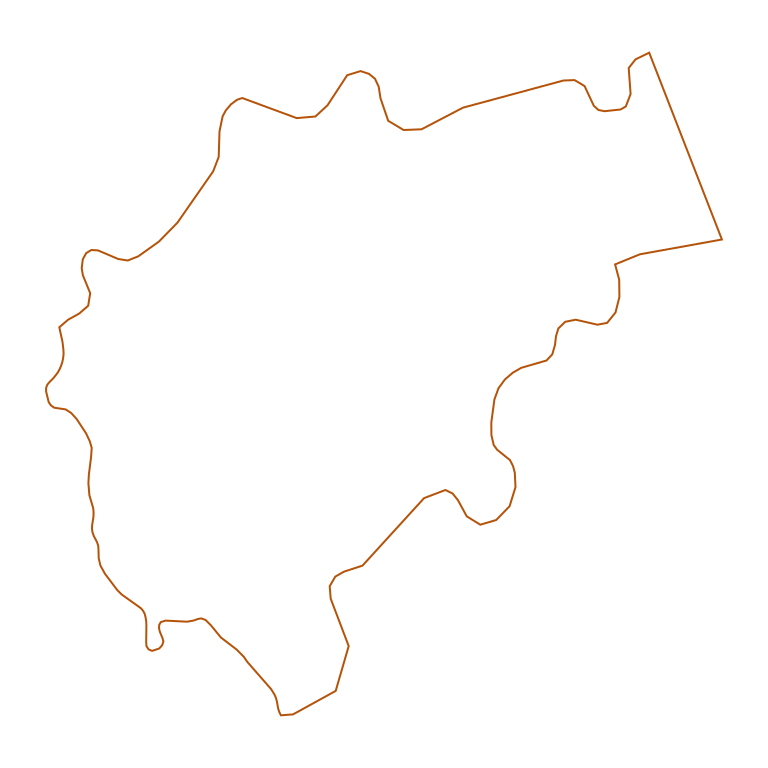 map outline of Macerata (Mercator projection)
{"feature_id": "ITA-5429", "entity_name": "Macerata", "entity_type": "Province", "adm_level": 1, "iso_a3": "ITA", "parent_name": "Italy", "parent_adm1": "", "projection": "mercator", "projection_center": [13.151, 43.149], "detail": "fine", "context": "isolated", "style": "outline", "palette": "amber", "viewbox_px": 768, "rotation_deg": 0, "n_neighbors": 0, "source": "natural_earth", "source_scale": "10m", "svg_char_len": 2126}
<svg xmlns="http://www.w3.org/2000/svg" viewBox="0 0 768 768"><path d="M649.2,52.7L721.9,239.5L639.9,254.3L615.1,264.4L619.2,279.8L619.4,297.0L615.5,312.5L607.1,322.9L597.4,324.7L575.7,319.7L565.2,321.8L558.4,328.4L556.0,336.2L555.0,344.9L552.3,354.3L546.5,360.5L521.3,367.8L512.8,372.7L505.0,379.4L498.5,388.2L494.4,399.5L491.3,422.6L491.4,435.1L493.7,445.0L497.2,449.8L510.0,460.1L513.0,466.0L514.8,472.7L515.5,487.1L509.6,506.2L496.2,520.0L480.3,524.7L466.8,516.4L457.9,500.1L452.6,493.5L445.4,490.0L424.1,498.1L362.5,565.6L344.1,571.6L335.3,576.6L329.7,586.2L330.7,598.7L348.7,646.1L335.7,690.9L293.0,714.4L280.9,715.3L279.3,712.1L278.2,708.7L276.8,701.0L275.9,697.8L274.5,694.6L271.1,689.1L247.3,661.9L243.7,656.7L236.7,649.6L220.9,637.5L211.0,625.4L205.5,619.9L201.2,618.4L197.9,619.0L193.4,620.6L187.0,621.7L165.6,620.6L160.8,622.1L159.2,624.9L159.0,628.2L159.8,631.6L162.5,638.1L163.4,641.5L162.2,645.2L159.2,648.5L152.1,650.9L148.6,649.4L146.5,646.3L146.2,642.6L146.4,625.4L146.2,621.2L145.6,617.5L144.7,613.9L143.1,610.8L141.0,608.3L121.8,594.6L117.2,590.0L104.9,573.7L100.4,565.5L98.7,558.2L98.5,549.7L98.2,545.6L97.0,542.1L93.8,536.0L92.6,532.6L92.0,529.3L92.1,525.4L93.4,517.2L93.6,513.3L93.4,509.7L93.0,507.5L89.4,495.3L88.4,483.2L88.9,474.3L91.1,456.9L91.7,447.9L89.8,441.3L86.1,433.4L76.7,419.1L71.2,413.0L65.6,409.4L54.2,407.7L50.8,405.3L48.7,402.1L46.1,391.5L46.1,388.0L47.2,384.9L49.1,382.5L53.7,377.8L57.9,372.4L59.6,369.2L61.1,365.8L62.3,362.1L63.1,358.3L63.6,354.0L63.4,349.7L62.5,341.9L59.3,327.3L68.1,319.7L79.3,313.5L88.2,305.7L90.2,293.2L82.9,275.3L81.7,268.2L82.8,259.3L86.2,253.1L91.4,250.0L98.0,250.4L118.2,259.0L127.8,260.5L138.3,256.3L158.9,241.6L177.4,222.7L213.2,171.3L218.7,156.9L219.5,131.5L222.6,116.4L225.8,110.4L230.9,104.4L236.8,99.9L242.2,98.0L296.7,118.1L315.4,116.5L327.5,105.3L347.2,75.2L360.6,71.1L369.1,73.9L375.0,78.8L378.7,86.7L380.5,98.3L388.2,120.8L403.6,130.0L421.5,129.3L462.9,107.7L563.5,80.5L574.6,80.1L584.6,86.1L593.8,105.8L598.5,110.0L604.5,111.2L620.5,109.5L625.8,106.5L630.6,94.0L628.7,68.0L635.6,59.3L649.2,52.7Z" fill="none" stroke="#b45309" stroke-width="2"/></svg>